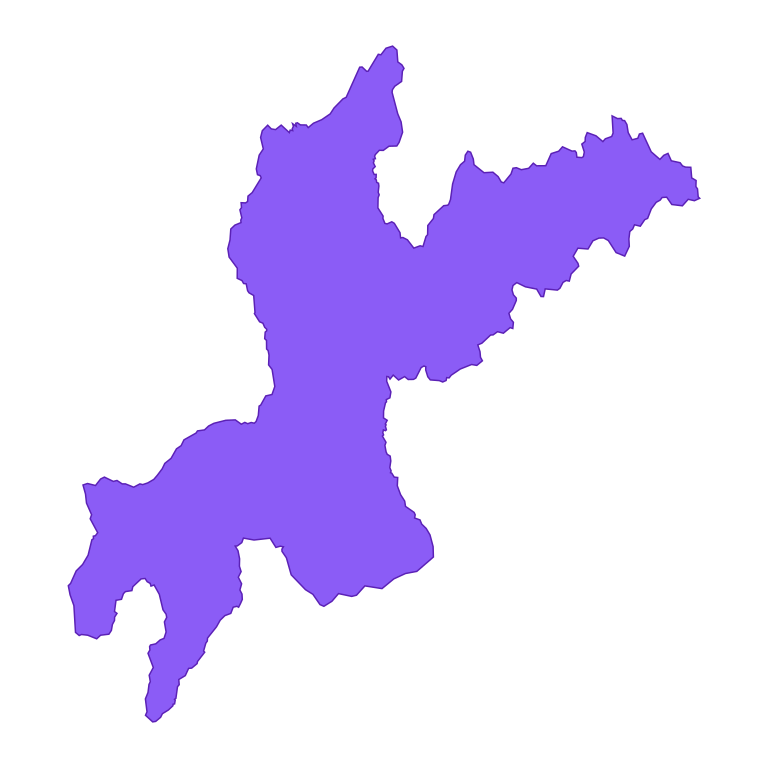 outline of Parinacochas, Ayacucho, Peru
{"feature_id": "86281439B29784244980740", "entity_name": "Parinacochas", "entity_type": "district", "adm_level": 2, "iso_a3": "PER", "parent_name": "Peru", "parent_adm1": "Ayacucho", "projection": "equal_earth", "projection_center": [-73.675, -15.069], "detail": "fine", "context": "isolated", "style": "filled", "palette": "violet", "viewbox_px": 768, "rotation_deg": 0, "n_neighbors": 0, "source": "geoboundaries", "source_scale": "gbopen_adm2", "svg_char_len": 6088}
<svg xmlns="http://www.w3.org/2000/svg" viewBox="0 0 768 768"><path d="M392.6,46.1L386.0,48.2L380.9,54.8L378.3,54.3L368.1,71.2L366.6,71.3L362.1,67.0L359.7,67.2L346.2,97.3L342.9,98.9L334.1,107.9L330.2,113.9L321.7,119.7L313.5,123.2L308.2,127.6L306.3,125.0L300.4,124.9L297.4,122.8L295.7,123.3L296.3,126.3L292.6,123.7L293.4,126.3L292.2,128.9L292.7,130.6L290.2,130.1L289.3,132.6L281.2,125.1L275.6,129.6L271.3,128.9L267.7,125.2L262.3,130.7L260.6,137.5L263.3,148.9L259.2,155.1L256.3,168.9L257.5,174.7L260.2,175.6L261.2,177.9L252.2,192.6L248.0,196.1L247.6,201.5L245.6,202.9L241.1,202.7L241.5,207.6L239.9,209.8L241.8,217.8L240.8,220.1L241.0,222.6L234.9,225.1L230.8,229.0L230.0,240.0L227.8,248.7L229.1,257.1L237.3,268.2L237.2,278.3L242.0,280.6L243.6,283.5L246.2,283.8L247.6,290.7L249.0,292.8L253.7,295.5L255.0,312.5L254.4,313.6L259.6,321.8L262.9,323.2L264.7,327.3L266.7,329.2L266.7,330.8L265.2,332.1L264.7,338.7L266.5,340.4L266.6,349.0L268.1,350.5L269.0,355.1L268.6,364.9L272.1,369.5L274.8,386.5L272.0,394.5L265.8,395.9L260.7,405.1L259.1,406.1L258.3,415.5L256.1,421.5L254.3,423.2L251.2,422.5L247.7,423.7L244.8,422.4L241.3,424.2L235.3,419.9L225.8,420.3L213.9,423.3L208.6,426.0L204.5,429.9L197.5,430.9L196.0,433.1L184.0,439.8L181.1,445.7L176.5,448.8L171.1,458.3L164.8,463.4L162.2,468.8L157.3,475.3L153.8,479.4L147.8,482.9L142.7,484.6L139.9,483.9L133.7,487.2L125.5,483.9L122.2,483.9L117.0,480.5L113.3,481.4L104.4,477.1L100.6,479.0L95.5,485.5L87.5,483.5L83.0,485.0L85.5,494.0L86.5,503.1L91.6,514.7L90.2,518.8L97.7,532.7L95.4,535.7L93.3,536.2L93.5,538.7L91.9,539.7L88.1,555.2L82.6,564.5L76.2,570.9L70.6,583.4L68.3,585.7L70.1,594.9L73.9,605.6L75.5,632.4L79.2,635.5L81.5,634.5L87.7,635.2L96.7,638.8L100.6,635.2L108.9,634.2L111.4,630.4L112.4,624.5L114.5,620.5L114.6,617.1L117.0,613.4L114.5,611.5L116.0,600.3L121.5,599.3L123.4,593.7L125.4,591.6L131.9,590.6L132.8,586.7L141.1,578.9L145.1,578.5L147.2,581.7L150.2,583.4L151.0,586.1L154.1,585.0L159.3,594.3L163.0,609.8L166.1,614.2L166.7,617.4L164.4,621.9L166.1,632.0L164.0,638.4L160.2,639.9L155.8,643.8L150.5,645.0L149.6,646.6L149.9,650.0L148.0,653.3L153.3,667.5L149.2,675.2L150.3,681.7L149.0,684.4L148.0,692.5L145.4,698.9L147.0,711.8L145.5,715.3L152.7,721.9L155.7,721.4L160.6,717.3L162.4,713.7L168.4,710.0L172.9,705.8L173.1,704.2L174.6,703.9L175.2,700.2L174.5,699.3L175.9,698.4L177.5,686.7L179.2,684.7L178.8,679.5L185.3,675.6L188.6,668.4L191.7,668.1L197.1,663.6L197.5,661.5L204.7,652.2L203.6,651.0L205.8,643.2L207.3,641.1L207.5,638.1L216.5,626.8L220.2,620.2L224.9,615.6L230.8,613.4L233.2,607.2L236.9,606.3L238.6,607.2L240.5,603.5L242.3,599.4L242.0,594.1L239.9,590.0L241.6,583.8L238.3,577.2L241.1,571.6L239.4,566.2L239.6,558.8L238.0,550.7L235.2,546.1L237.3,545.9L241.8,542.6L243.4,538.1L254.0,540.0L270.1,538.2L275.9,547.4L280.3,546.2L283.4,546.8L281.9,549.2L282.0,551.4L286.4,557.8L291.2,574.8L305.5,589.7L312.9,594.3L320.0,604.6L323.9,606.3L332.0,601.2L338.5,593.6L351.7,596.4L356.5,595.2L364.9,585.9L382.0,588.6L393.8,578.9L405.5,573.5L416.8,571.4L433.4,557.0L433.1,546.6L430.0,534.9L426.2,528.5L421.7,524.1L420.0,519.9L414.6,518.0L415.2,514.8L414.1,512.4L405.5,506.4L404.7,501.1L400.6,494.7L397.3,485.8L397.7,477.5L394.2,477.1L391.7,473.1L390.5,472.7L391.1,470.9L389.8,467.6L390.8,461.0L390.2,456.1L387.2,454.3L386.1,451.9L384.9,445.4L386.0,442.3L382.4,436.1L383.6,434.9L382.8,432.8L383.4,429.9L385.4,430.7L386.4,429.8L385.4,426.2L386.1,424.9L385.3,424.0L387.2,420.3L383.5,417.9L383.6,411.0L385.5,402.8L386.5,401.8L386.3,399.6L389.9,397.8L390.9,391.9L386.7,381.3L386.8,376.5L388.5,376.7L390.0,379.1L393.2,375.1L398.6,380.0L404.6,376.6L408.2,379.5L413.5,379.4L415.8,378.1L421.1,367.6L423.9,366.0L425.8,366.7L425.7,370.0L427.8,376.8L430.3,379.9L439.3,380.6L442.7,382.0L446.1,380.5L446.7,377.6L449.1,377.9L451.2,375.2L460.3,369.0L471.6,364.5L476.8,365.4L482.4,360.8L480.5,357.3L480.0,351.7L477.8,344.9L481.9,343.2L490.6,335.0L493.1,334.9L497.5,331.7L503.4,333.2L510.1,327.6L512.8,328.5L513.4,322.3L510.6,318.9L508.9,313.3L512.5,309.3L516.3,300.5L516.3,298.1L513.4,294.8L512.0,289.9L513.0,285.5L516.8,282.6L525.4,286.8L536.7,289.1L541.0,296.5L543.5,296.6L545.2,288.9L557.4,290.1L559.9,288.3L563.0,282.4L566.2,280.5L569.3,281.1L571.1,274.0L578.7,266.2L578.0,263.4L573.2,256.3L577.9,248.2L588.0,249.0L592.9,240.8L598.9,238.1L603.6,237.9L608.3,240.5L616.1,252.6L624.7,256.1L629.3,246.3L628.9,239.0L629.8,231.5L632.7,229.0L634.5,224.8L640.3,226.2L644.8,219.6L647.6,218.4L651.3,208.9L656.2,202.3L660.2,200.1L662.1,197.5L666.7,197.2L671.8,204.5L682.4,205.8L688.2,199.3L694.4,200.7L699.7,198.3L698.2,196.9L697.5,188.9L695.9,186.6L696.1,180.5L691.7,177.9L690.8,167.3L685.5,167.1L682.5,165.9L680.1,162.7L671.3,160.8L668.0,153.4L663.8,155.3L659.9,159.4L651.2,151.8L642.6,133.2L639.4,134.0L637.8,138.3L632.1,139.8L628.2,132.6L626.9,124.5L624.6,120.6L622.4,120.4L621.2,118.4L617.5,118.6L612.1,115.9L613.1,133.0L611.7,136.5L605.3,138.8L602.9,141.6L596.0,135.8L587.2,132.6L585.3,137.4L585.1,141.5L581.8,144.1L584.3,152.0L583.4,156.6L581.9,157.6L576.9,157.2L576.3,152.5L575.0,150.9L572.0,151.1L562.5,146.8L558.7,151.2L551.2,153.6L545.8,165.7L536.6,165.8L533.3,163.2L528.7,168.3L521.3,169.7L516.4,167.7L513.0,168.2L511.0,174.0L503.8,182.8L501.3,182.0L498.1,176.6L492.9,172.2L484.0,172.7L474.0,164.7L473.3,159.0L470.6,152.2L467.9,151.2L465.3,155.1L464.6,161.2L460.5,164.7L456.2,171.9L452.6,184.0L450.5,199.5L448.9,203.8L447.8,205.2L443.7,205.7L434.0,214.6L433.4,218.5L427.8,225.5L427.6,234.7L426.0,236.5L423.0,246.5L420.1,245.8L413.8,248.1L407.4,239.8L402.9,237.5L400.6,237.9L400.0,232.7L394.3,223.3L391.8,221.8L387.1,223.9L384.9,223.4L382.9,218.4L383.1,216.1L377.9,207.9L378.1,197.6L379.2,194.8L378.2,192.3L378.9,186.0L378.5,183.2L376.7,182.4L376.3,179.9L375.0,178.8L376.1,177.8L376.2,174.4L374.2,174.5L372.6,171.0L372.8,169.0L375.2,166.6L373.4,162.9L374.1,160.8L373.3,159.3L375.4,158.7L374.6,156.3L375.3,154.6L379.3,150.3L383.3,150.4L389.0,146.2L396.8,146.0L399.1,142.4L402.6,132.2L401.1,121.9L397.7,113.7L392.1,92.4L392.4,89.8L394.7,86.3L401.6,81.4L402.4,71.2L404.0,68.4L401.9,64.9L397.8,61.9L396.9,50.0L392.6,46.1Z" fill="#8b5cf6" stroke="#5b21b6" stroke-width="1.5"/></svg>